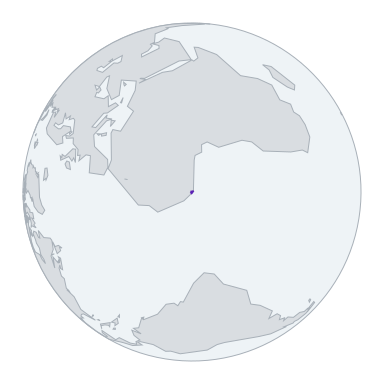 the Earth from above Grand Kru, rotated 282°
{"feature_id": "LBR-780", "entity_name": "Grand Kru", "entity_type": "County", "adm_level": 1, "iso_a3": "LBR", "parent_name": "Liberia", "parent_adm1": "", "projection": "orthographic", "projection_center": [-8.188, 4.813], "detail": "fine", "context": "on_globe", "style": "filled", "palette": "violet", "viewbox_px": 384, "rotation_deg": 282, "n_neighbors": 0, "source": "natural_earth", "source_scale": "10m", "svg_char_len": 8616}
<svg xmlns="http://www.w3.org/2000/svg" viewBox="0 0 384 384"><g transform="rotate(282 192 192)"><circle cx="192" cy="192" r="169" fill="#eef3f6" stroke="#a8b0b8"/><path d="M129.1,35.2L128.1,35.6L131.4,34.3L127.8,36.0L130.3,35.3L126.8,36.9L131.8,35.1L134.5,33.8L137.6,32.8L139.3,32.4L135.1,34.2L133.7,34.6L133.3,35.0L130.6,36.1L132.9,35.3L127.7,37.8L135.3,35.0L133.2,36.7L129.1,38.5L126.4,38.7L110.0,45.4L105.0,48.2L100.7,51.4L99.1,56.1L94.9,59.4L91.5,63.6L95.2,61.2L99.3,57.2L105.4,54.4L109.6,50.5L112.7,48.9L118.3,45.2L120.8,45.4L120.2,47.9L115.7,51.3L115.3,52.7L122.4,49.6L116.6,56.5L117.4,62.8L115.6,64.9L107.0,68.2L100.1,67.4L89.1,73.6L99.6,69.5L94.8,75.8L95.4,77.1L97.7,77.0L100.8,74.8L99.9,77.2L89.1,81.6L89.8,79.4L93.2,77.9L89.9,77.8L82.6,81.8L80.7,85.1L71.7,89.1L70.2,91.8L67.5,94.4L70.4,89.8L65.0,98.5L54.0,107.7L46.5,124.2L50.2,111.1L49.3,109.3L47.6,109.2L46.2,111.9L45.7,109.5L42.0,114.8L35.8,127.8L32.2,138.2L33.2,139.1L35.8,133.5L37.8,132.7L31.6,148.1L34.4,151.1L31.4,163.0L31.6,169.5L34.1,168.3L36.4,171.8L39.7,165.1L44.3,161.9L42.7,171.7L46.5,163.1L48.1,168.1L58.2,168.9L57.0,171.1L65.3,183.7L76.8,190.0L79.5,197.5L77.8,201.8L82.4,203.5L82.5,206.4L103.1,212.5L115.5,220.6L116.4,230.8L108.5,241.9L107.2,266.0L94.6,272.8L95.3,282.2L92.4,295.3L84.2,293.5L90.6,300.6L89.5,304.3L85.3,304.0L88.2,308.7L85.2,308.4L89.7,311.8L90.5,317.3L96.6,322.4L98.5,326.7L102.7,329.6L101.4,329.4L101.5,330.2L103.3,331.7L97.0,328.6L89.0,322.0L86.7,319.0L84.9,318.2L79.3,310.0L79.4,311.5L69.6,298.4L64.6,287.6L51.6,255.2L48.0,248.3L40.6,239.8L31.3,214.1L31.9,204.3L30.7,199.3L34.7,185.8L34.9,172.4L33.8,170.3L32.0,175.0L29.5,166.0L30.4,155.8L30.7,141.8L34.8,130.0L39.8,118.5L45.7,107.5L52.3,96.9L59.7,86.9L67.9,77.4L76.7,68.5L86.1,60.3L96.2,52.9L106.7,46.2L117.7,40.2L129.1,35.2ZM43.8,129.9L47.2,139.0L43.1,139.5L44.3,138.1L43.9,134.4L42.4,130.9L39.4,132.2L43.8,129.9ZM50.3,121.1L49.6,120.3L50.6,120.4L50.3,121.1ZM116.5,45.4L117.4,45.3L115.9,46.0L116.5,45.4ZM118.1,43.9L115.8,44.9L116.2,44.3L117.7,43.8L118.1,43.9ZM120.9,43.0L117.3,43.3L118.1,42.5L124.2,39.7L120.9,43.0ZM134.6,33.6L131.8,34.9L132.6,34.3L134.6,33.6ZM145.3,29.6L143.5,30.2L139.6,31.4L143.9,30.1L134.3,33.5L132.7,33.8L145.3,29.6ZM138.9,32.3L138.0,32.4L142.3,30.8L144.8,30.4L142.6,31.0L138.9,32.3ZM142.5,31.2L145.9,30.3L145.4,30.8L140.0,32.2L142.5,31.2ZM142.3,30.7L144.5,30.0L144.1,30.2L142.3,30.7ZM145.7,32.7L144.6,32.5L146.7,31.6L145.7,32.7ZM147.2,30.0L147.4,29.8L148.1,29.5L150.2,29.1L147.2,30.0ZM152.0,27.8L154.3,27.3L150.4,28.3L153.3,27.6L154.2,27.4L150.0,28.5L149.1,28.6L149.9,28.4L151.2,28.1L152.0,27.8ZM154.5,27.9L150.5,29.5L152.1,29.9L150.3,30.6L148.0,29.9L154.5,27.9ZM152.2,28.1L153.2,28.1L150.4,28.9L148.0,29.3L152.2,28.1ZM156.5,26.8L157.6,26.6L155.8,27.0L156.5,26.8ZM155.5,27.8L156.4,27.5L155.9,27.8L155.5,27.8ZM157.6,26.7L156.2,26.9L157.4,26.7L157.6,26.7ZM159.4,26.8L158.1,27.2L156.4,27.5L159.4,26.8ZM159.0,26.6L160.9,26.2L156.6,27.3L158.2,26.7L159.0,26.6ZM158.9,26.4L159.1,26.4L159.3,26.4L158.9,26.4ZM166.4,25.8L161.5,27.1L157.8,27.6L163.1,26.2L166.4,25.8ZM109.4,334.9L98.4,329.6L103.7,332.1L102.8,330.1L110.2,333.9L109.4,334.9ZM108.6,329.7L110.3,328.7L112.0,329.6L111.3,330.5L108.6,329.7ZM352.1,137.9L354.4,146.2L358.1,162.2L358.9,169.7L352.7,147.6L347.3,132.8L346.8,134.6L339.1,123.1L330.6,124.2L327.9,120.6L326.6,122.7L321.0,119.6L316.3,113.9L313.6,114.7L325.6,129.9L328.4,129.2L328.7,122.6L331.7,128.3L336.9,133.0L336.4,148.2L321.3,163.7L317.4,152.0L293.3,122.0L292.7,118.5L292.5,118.1L292.1,117.4L292.4,123.2L287.4,117.5L302.9,138.2L306.5,147.6L321.2,164.5L320.4,166.5L324.4,169.9L334.1,164.0L334.7,168.0L331.6,187.5L315.9,215.3L316.6,232.6L313.2,247.8L300.4,258.7L298.4,270.2L291.4,274.8L288.9,281.3L281.5,288.6L270.3,295.8L254.5,297.0L256.0,291.2L251.7,280.3L246.9,253.1L253.4,240.0L253.0,230.1L241.3,208.8L244.1,196.4L240.3,191.5L233.0,193.2L228.4,187.4L223.7,187.5L192.6,193.3L181.7,185.9L165.2,162.7L169.8,153.0L168.1,142.2L197.4,105.1L206.5,106.5L232.8,100.6L236.6,101.6L236.6,109.5L258.9,118.0L262.4,111.0L279.5,115.3L288.9,114.4L286.8,99.6L271.3,100.7L265.6,94.0L275.5,87.2L288.5,87.2L286.7,84.7L275.9,79.5L276.3,74.9L271.9,77.5L275.6,79.8L272.9,81.8L269.4,79.8L269.6,78.1L265.0,77.3L264.9,86.5L268.7,90.0L258.1,92.5L263.3,98.6L261.4,101.9L251.7,92.8L250.7,89.3L234.9,80.6L235.0,84.4L249.9,93.1L246.5,92.6L246.8,98.6L243.8,93.6L227.5,84.0L216.2,87.2L206.3,102.7L198.7,104.6L190.3,102.3L189.4,87.5L206.4,85.1L206.3,80.6L199.0,74.9L204.8,74.9L203.9,72.5L209.9,71.7L214.6,65.7L220.2,64.7L218.4,58.0L221.0,56.8L221.3,60.9L224.5,63.6L237.9,62.4L239.4,60.8L237.2,56.8L241.1,57.3L237.3,53.6L243.2,51.8L232.7,51.2L229.8,47.3L231.3,44.2L228.5,43.1L226.0,48.2L226.6,50.4L230.2,52.4L230.4,59.5L226.6,61.0L219.3,53.8L213.1,55.5L210.1,49.9L218.8,38.3L224.3,36.3L241.1,40.0L241.9,42.2L236.3,41.7L244.8,45.3L242.5,43.4L245.8,44.1L243.9,41.2L246.1,41.6L240.4,38.5L242.9,38.7L246.5,40.7L245.8,37.4L250.0,37.5L248.8,36.7L246.2,35.7L253.4,37.0L252.1,36.4L249.3,35.6L245.0,34.0L240.2,31.8L243.0,32.4L245.1,33.2L253.5,36.2L258.7,38.9L259.3,38.9L255.5,36.8L245.1,33.1L241.5,31.7L246.3,33.1L244.3,32.4L243.3,32.0L244.9,32.1L239.6,30.5L225.2,26.3L225.3,26.3L237.6,29.3L249.6,33.2L261.3,37.9L272.6,43.5L283.5,49.9L293.8,57.2L303.6,65.2L312.8,73.9L321.3,83.2L329.0,93.2L336.0,103.7L342.2,114.7L347.6,126.1L352.1,137.9ZM190.7,123.2L190.8,126.4L190.7,123.2ZM304.8,95.4L311.0,95.5L303.8,87.0L305.6,86.5L302.6,84.0L303.3,86.4L295.2,79.7L296.2,77.2L293.3,73.8L291.1,73.7L290.4,79.6L302.0,88.8L302.5,92.5L304.8,95.4ZM58.6,168.9L59.6,170.9L57.8,170.8L58.6,168.9ZM41.4,143.3L42.6,143.7L42.9,145.3L41.7,145.6L41.4,143.3ZM54.8,145.5L56.8,146.6L54.2,147.1L54.8,145.5ZM48.0,140.3L53.1,145.0L48.2,147.2L45.2,144.4L47.9,144.0L48.0,140.3ZM47.4,126.3L47.9,127.2L47.0,128.8L47.4,126.3ZM51.1,121.2L50.7,121.3L50.9,119.9L51.1,121.2ZM95.4,75.6L96.3,75.3L98.0,75.8L96.2,76.6L95.4,75.6ZM112.0,72.4L110.2,76.5L110.2,74.0L107.3,75.7L103.7,73.0L114.5,65.9L110.2,69.4L112.0,72.4ZM101.9,68.2L102.9,70.2L101.4,68.3L101.9,68.2ZM193.0,62.0L196.3,63.1L195.8,65.8L188.7,68.4L189.4,64.3L193.0,62.0ZM201.1,64.1L195.8,57.0L199.9,55.6L198.5,57.5L201.8,57.2L200.4,60.4L209.5,66.5L209.7,69.4L196.6,71.8L200.8,69.2L197.3,68.1L201.1,64.1ZM174.8,46.1L172.6,44.3L184.6,43.3L185.3,45.2L178.3,47.6L173.3,46.7L174.8,46.1ZM132.3,38.6L130.7,38.9L131.8,38.3L134.2,37.6L132.3,38.6ZM145.0,32.7L140.7,37.2L138.6,37.6L138.5,40.5L133.0,42.8L133.2,40.7L128.9,45.0L126.9,44.1L124.6,47.0L125.7,42.2L123.7,42.0L128.0,41.3L133.1,39.1L134.8,38.0L137.9,35.2L136.1,34.2L140.9,32.3L144.8,31.2L146.0,31.2L142.5,32.3L146.5,31.4L142.4,33.1L145.0,32.7ZM187.3,26.7L182.8,27.0L190.2,27.7L186.1,28.5L187.2,28.5L185.4,29.6L185.2,31.1L182.9,31.4L183.8,31.9L182.6,32.8L183.1,33.7L179.1,34.7L179.4,35.9L177.3,35.7L178.9,37.7L175.9,36.7L174.2,38.1L177.9,38.3L155.2,43.9L147.9,47.8L143.5,51.8L139.0,50.2L140.4,45.7L145.1,40.6L152.7,37.4L149.3,37.6L152.0,36.2L153.5,36.7L152.7,35.2L155.3,34.3L159.4,31.2L156.6,30.3L158.1,29.4L160.5,29.3L160.2,28.5L165.8,27.9L166.9,27.4L173.5,26.5L177.5,27.1L178.5,26.4L183.5,26.1L187.3,26.7ZM168.3,25.5L174.0,25.5L174.5,26.1L162.8,27.5L161.0,28.1L153.5,29.5L152.9,28.8L155.1,28.4L157.1,27.9L156.5,28.3L158.5,27.6L161.6,27.1L163.9,26.5L165.1,26.6L168.3,25.5ZM239.1,98.5L241.7,98.6L245.4,98.0L245.6,102.0L239.1,98.5ZM227.9,91.9L230.0,91.3L232.2,96.1L229.5,96.2L227.9,91.9ZM229.3,87.0L229.9,90.9L228.0,88.8L229.3,87.0ZM223.1,60.3L225.1,59.6L226.0,60.5L225.8,62.1L223.1,60.3ZM208.5,31.0L205.8,30.6L205.9,30.3L201.7,28.8L204.4,28.4L208.1,29.1L208.5,31.0ZM285.2,102.3L283.6,105.3L281.7,104.0L282.6,103.2L285.2,102.3ZM264.5,103.5L270.1,105.0L264.5,104.6L264.5,103.5ZM210.7,30.3L208.7,29.7L211.3,29.9L210.7,30.3ZM206.2,28.1L209.0,28.2L204.3,28.2L206.2,28.1ZM300.9,320.4L299.1,322.3L298.3,322.6L300.9,320.4ZM331.2,243.3L317.9,270.3L313.1,271.0L314.5,263.4L320.9,247.3L327.4,242.1L331.2,234.6L331.2,243.3ZM358.4,163.7L359.9,173.0L360.0,174.9L358.4,163.7ZM231.1,29.3L234.0,31.4L237.8,33.5L242.9,35.0L237.0,34.1L231.0,30.9L231.1,29.3ZM225.7,26.5L221.3,25.6L222.3,25.8L223.5,26.0L225.7,26.5ZM223.7,26.1L220.0,25.6L216.9,25.1L220.4,25.5L223.7,26.1ZM215.6,27.0L216.2,27.6L214.1,27.3L215.6,27.0Z" fill="#d9dde1" stroke="#a8b0b8" stroke-width="1"/><path d="M193.0,193.1L192.9,193.0L192.8,192.9L192.7,192.9L192.4,192.8L191.9,192.7L191.7,192.5L191.3,192.4L190.9,192.2L190.5,192.0L190.6,191.9L190.6,191.7L190.8,191.7L190.9,191.4L191.0,191.3L191.2,191.2L191.3,191.2L191.5,191.1L191.6,190.9L191.8,191.0L192.0,191.1L192.5,191.1L192.5,191.3L192.4,191.4L192.4,191.5L192.3,191.8L192.5,192.0L192.8,192.1L193.0,192.4L193.0,192.5L193.1,192.8L193.1,193.0L193.0,193.1Z" fill="#8b5cf6" stroke="#5b21b6" stroke-width="1.5"/></g></svg>